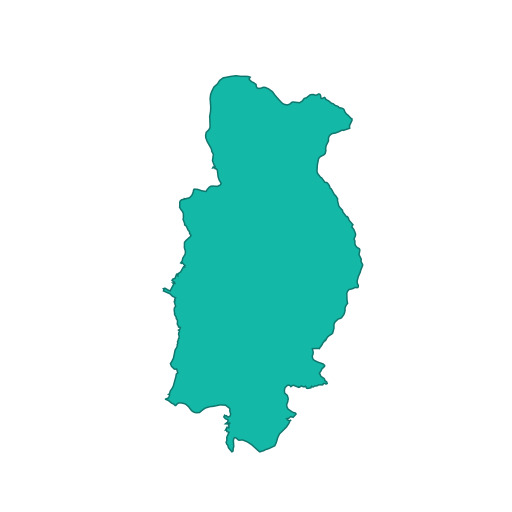 outline of Floridablanca, Santander, Colombia, rotated 321°
{"feature_id": "7082276B34435529925249", "entity_name": "Floridablanca", "entity_type": "district", "adm_level": 2, "iso_a3": "COL", "parent_name": "Colombia", "parent_adm1": "Santander", "projection": "mercator", "projection_center": [-73.085, 7.083], "detail": "fine", "context": "isolated", "style": "filled", "palette": "teal", "viewbox_px": 512, "rotation_deg": 321, "n_neighbors": 0, "source": "geoboundaries", "source_scale": "gbopen_adm2", "svg_char_len": 6147}
<svg xmlns="http://www.w3.org/2000/svg" viewBox="0 0 512 512"><g transform="rotate(321 256 256)"><path d="M409.2,215.7L410.6,213.6L416.0,211.0L416.9,209.8L416.4,208.6L416.1,204.3L415.6,202.5L415.8,199.8L416.5,197.7L416.5,196.9L416.1,195.8L414.9,194.0L414.0,193.4L413.9,191.4L412.3,188.8L411.7,186.0L410.8,185.0L410.1,181.2L408.8,178.2L409.2,176.9L409.1,175.9L406.6,175.2L405.9,174.6L406.0,173.7L406.9,172.6L407.4,171.2L407.3,170.2L406.5,169.4L405.2,169.3L403.5,168.6L402.1,166.5L400.4,165.3L399.2,164.8L394.9,164.8L392.5,163.9L389.5,164.7L386.3,164.3L381.7,159.6L380.7,159.1L377.7,159.2L375.9,158.5L375.2,158.2L373.2,155.6L372.6,154.0L372.3,151.7L371.9,143.1L372.2,138.7L370.9,134.0L369.3,130.8L367.6,129.3L365.8,128.9L363.6,127.5L362.6,126.1L362.9,124.4L364.0,122.7L363.2,119.7L362.3,117.9L361.8,114.6L362.4,113.9L364.0,113.4L363.2,112.0L361.9,110.6L357.0,106.6L353.9,103.3L349.5,100.6L342.6,96.9L338.3,96.7L334.4,98.0L329.7,98.2L325.7,100.0L322.5,101.8L319.4,104.8L314.6,111.7L311.8,114.9L307.6,118.6L306.8,119.9L301.6,126.7L300.4,127.6L298.7,128.2L295.1,128.6L292.7,130.6L291.4,132.5L290.1,136.4L288.9,143.8L288.2,145.8L287.5,146.7L286.9,150.1L282.2,154.5L280.6,159.2L280.5,160.8L279.6,161.0L279.0,160.7L278.8,159.9L277.8,160.3L279.2,161.1L279.2,162.2L279.6,162.2L279.9,162.8L279.6,162.9L280.0,164.0L280.0,164.9L276.3,170.8L275.2,173.8L274.6,177.7L273.0,178.3L269.8,177.6L266.4,174.4L264.7,173.3L262.9,173.1L260.0,173.6L257.8,174.4L254.9,171.2L252.5,167.4L250.0,165.1L248.9,165.5L247.5,166.8L244.3,168.5L240.9,168.9L238.1,167.5L237.3,167.4L236.4,166.3L236.1,166.7L233.6,165.5L231.8,165.5L230.5,166.3L228.4,169.0L227.3,170.0L226.9,172.5L226.9,174.4L226.4,177.1L223.9,180.3L222.4,181.6L221.2,185.4L220.1,187.0L220.6,188.2L220.5,189.5L219.5,193.3L219.6,195.2L218.6,196.7L218.5,199.1L217.1,199.6L211.2,199.9L209.0,200.4L205.6,204.4L204.1,208.0L202.1,210.0L197.9,211.5L195.3,213.5L193.1,214.0L193.6,215.0L194.5,214.9L194.8,218.9L193.5,218.8L193.4,219.4L193.0,218.9L192.5,218.9L187.3,221.0L183.9,220.6L183.6,221.5L183.1,221.4L182.8,221.9L182.6,220.3L178.9,222.4L176.9,221.6L176.3,221.7L175.3,222.2L176.2,225.3L175.7,226.2L174.4,224.7L174.4,226.0L167.3,229.1L166.3,227.2L165.0,223.7L163.4,223.1L163.4,224.2L162.1,224.9L165.4,231.3L165.7,234.6L167.2,237.9L165.5,238.5L165.3,239.5L164.7,239.9L164.4,240.1L164.2,239.7L163.8,239.9L161.9,244.5L159.9,245.0L158.3,246.6L156.7,249.4L156.3,249.6L155.8,250.8L155.5,253.3L154.6,254.5L154.6,256.2L153.2,258.3L152.4,258.8L151.7,260.1L151.9,260.9L151.1,262.5L152.3,263.9L150.7,265.0L149.1,264.8L149.3,266.1L148.5,266.8L147.4,267.2L146.4,268.4L146.0,269.7L144.6,271.3L143.9,271.4L142.3,272.6L140.9,273.3L140.5,274.6L139.0,275.2L138.5,276.2L136.3,277.4L134.2,278.0L127.6,283.4L123.7,285.2L121.8,285.7L120.9,288.5L121.3,292.4L122.0,293.1L123.2,293.9L121.6,297.7L120.1,297.5L119.4,297.9L118.0,299.2L109.8,305.1L107.5,306.1L104.4,307.0L101.9,308.7L101.0,308.5L101.5,309.6L100.0,310.6L98.3,311.1L95.1,310.1L95.8,310.8L97.0,313.3L97.8,317.1L98.8,319.2L99.1,321.4L99.7,321.7L101.7,321.3L103.6,321.6L105.6,323.3L107.6,325.9L108.2,327.4L108.8,330.8L108.6,334.6L108.8,336.7L109.7,338.7L110.9,340.2L113.6,342.1L117.9,342.0L121.0,342.3L125.2,344.0L128.3,346.0L134.4,349.1L138.4,352.7L139.6,357.6L139.2,358.9L138.3,359.6L136.7,363.1L135.0,364.1L132.8,363.6L132.5,361.4L131.5,360.8L131.4,360.0L129.7,360.8L129.8,363.2L131.2,365.8L129.6,367.2L126.7,367.2L128.1,368.5L131.1,369.3L128.3,370.0L127.5,371.9L126.6,372.4L125.8,370.8L122.8,372.1L123.7,372.5L122.9,374.1L124.1,376.0L119.3,378.4L117.2,381.1L115.6,381.9L114.9,383.7L115.0,385.2L113.9,387.8L114.0,393.0L115.1,393.2L116.2,392.4L116.6,391.6L118.8,390.1L122.4,385.0L124.3,383.7L125.0,383.7L126.0,384.8L126.5,387.8L126.9,388.5L129.8,390.5L132.4,395.2L133.9,400.0L135.5,410.3L136.4,411.0L137.5,411.2L139.6,412.2L141.0,412.3L145.0,413.8L151.2,415.3L154.4,413.7L158.9,410.6L162.4,409.0L171.9,408.1L176.1,406.8L177.7,406.0L178.1,405.5L180.2,405.5L178.4,405.3L177.4,403.3L177.5,401.7L179.2,402.7L181.8,402.6L183.3,404.7L187.5,404.1L187.8,403.8L187.7,402.6L186.4,400.9L185.9,399.7L184.6,395.1L185.2,392.4L186.6,390.5L188.4,389.6L191.2,387.3L192.6,384.1L192.0,380.6L193.4,378.4L195.6,376.6L198.7,376.3L199.4,376.4L200.3,377.1L201.0,378.5L200.9,379.5L203.0,379.6L203.8,380.1L206.0,384.0L206.6,384.3L206.4,384.8L207.3,385.4L208.4,385.3L209.6,385.7L210.4,387.4L211.3,388.1L212.5,388.4L212.2,390.7L213.0,391.5L215.7,393.0L216.9,392.2L217.2,392.2L217.2,392.9L218.1,393.8L219.6,393.9L221.7,395.3L223.7,395.6L226.6,398.0L227.0,398.1L228.1,397.5L229.6,398.6L229.8,399.6L231.1,399.9L231.7,398.3L231.1,395.9L231.7,395.1L231.8,394.1L230.7,390.3L231.4,388.1L231.4,387.0L234.1,386.2L236.3,385.2L239.3,385.0L240.2,384.7L240.5,384.2L240.2,382.0L237.3,377.4L235.8,374.2L235.3,372.5L236.1,370.1L237.2,368.8L238.4,368.3L239.9,366.8L241.5,363.4L246.4,367.2L247.0,367.9L248.1,367.3L249.5,367.2L250.9,366.5L251.5,366.6L252.9,365.7L254.1,365.6L256.4,364.9L256.5,365.4L257.2,365.3L260.4,364.0L262.6,363.9L265.7,364.3L267.2,364.1L271.2,361.1L273.5,358.2L275.9,357.0L280.2,356.7L282.6,357.7L283.7,357.8L287.4,356.8L289.4,355.6L291.1,354.2L292.3,352.6L293.6,351.7L295.6,350.8L297.3,350.5L299.3,347.1L302.9,342.3L304.4,341.3L305.7,340.8L307.2,340.6L310.8,342.3L313.2,342.8L314.7,344.3L315.4,344.6L316.2,344.2L317.1,343.1L317.6,340.7L319.1,338.9L322.5,336.4L326.8,334.2L328.2,333.1L333.0,330.4L333.6,329.5L333.7,328.2L334.4,326.0L335.8,324.7L336.9,319.8L340.5,316.7L340.9,315.3L339.9,312.9L339.9,310.5L340.4,309.2L340.9,308.2L342.3,306.6L342.9,304.5L346.2,302.7L347.3,301.4L348.7,297.1L348.8,293.8L349.4,293.3L351.0,292.7L350.8,287.0L351.8,283.9L351.7,282.7L351.2,282.5L351.0,282.0L351.2,276.4L352.0,274.8L351.7,271.0L351.9,269.0L354.1,264.4L355.5,262.7L355.9,258.8L355.5,257.9L356.7,251.3L356.3,249.8L357.0,248.3L357.5,246.0L357.3,243.5L355.9,242.1L356.2,236.5L355.7,235.4L355.8,231.1L356.3,229.3L357.0,228.2L361.1,223.7L365.7,219.9L367.1,219.4L368.4,219.3L372.8,220.1L374.2,219.9L376.6,218.1L377.6,216.5L379.9,214.4L384.7,212.2L386.7,209.8L388.7,208.8L391.0,208.6L392.5,208.9L394.8,210.3L399.0,211.7L401.3,212.1L402.1,212.4L403.0,213.4L409.2,215.7Z" fill="#14b8a6" stroke="#0f766e" stroke-width="1.5"/></g></svg>